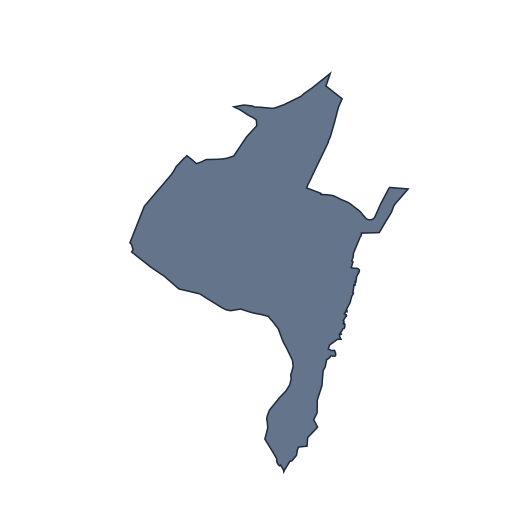 outline of Chanal, Chiapas, Mexico, rotated 108°
{"feature_id": "50627088B97747696398754", "entity_name": "Chanal", "entity_type": "district", "adm_level": 2, "iso_a3": "MEX", "parent_name": "Mexico", "parent_adm1": "Chiapas", "projection": "albers", "projection_center": [-92.197, 16.605], "detail": "fine", "context": "isolated", "style": "filled", "palette": "slate", "viewbox_px": 512, "rotation_deg": 108, "n_neighbors": 0, "source": "geoboundaries", "source_scale": "gbopen_adm2", "svg_char_len": 5016}
<svg xmlns="http://www.w3.org/2000/svg" viewBox="0 0 512 512"><g transform="rotate(108 256 256)"><path d="M86.9,260.7L90.2,262.5L103.6,276.4L109.3,283.7L110.4,285.7L112.2,293.4L112.8,296.3L113.1,297.7L114.8,303.5L114.4,305.6L116.1,314.1L117.2,316.2L121.0,323.1L121.7,317.3L124.6,306.2L125.2,302.7L125.2,302.0L126.5,297.8L131.8,295.5L145.6,301.8L167.8,308.1L171.8,313.6L173.0,315.7L174.4,318.7L176.1,323.0L178.5,329.8L179.3,332.4L179.7,333.1L181.3,335.0L183.1,336.6L186.6,341.2L184.5,345.8L181.9,352.8L183.7,353.5L185.3,354.7L192.6,358.0L193.5,358.5L195.4,359.5L200.2,360.4L203.3,361.3L204.5,361.7L205.5,362.0L233.1,373.4L243.3,377.6L282.4,380.0L283.5,377.9L287.8,375.0L290.6,375.5L290.7,375.4L297.7,356.3L298.9,353.4L303.7,336.7L311.2,319.1L310.6,312.8L309.4,297.6L310.9,292.1L315.6,272.9L316.4,268.1L316.3,266.1L315.8,263.1L312.1,255.9L311.3,254.4L311.2,253.9L311.2,246.4L311.2,245.0L311.2,243.8L310.8,238.9L310.1,233.7L309.7,226.7L309.6,225.6L311.9,222.3L312.6,220.7L318.4,212.3L328.4,204.4L329.6,203.3L330.6,202.3L334.2,198.4L337.8,195.0L338.4,194.4L338.9,193.9L343.8,189.2L349.4,186.6L350.5,186.5L355.4,186.2L358.4,186.3L361.9,184.6L368.1,184.1L374.9,185.8L383.9,190.1L387.2,191.3L391.1,192.8L398.4,195.6L404.3,195.9L407.6,195.5L410.4,194.0L415.9,191.7L427.4,191.0L437.0,179.7L437.9,178.7L440.8,175.4L442.3,173.7L443.3,173.3L444.2,173.2L444.9,172.8L445.7,172.3L446.8,171.3L447.9,169.7L448.3,168.7L447.8,168.3L447.2,168.0L447.8,167.4L451.2,163.6L451.7,163.3L451.9,163.2L452.0,163.2L452.6,162.9L452.0,162.8L451.9,162.8L451.2,162.8L450.5,162.7L449.4,162.4L448.4,162.1L440.7,160.3L439.8,158.6L433.1,155.9L427.3,156.7L425.4,156.6L424.6,156.6L421.1,148.7L413.8,150.5L412.6,150.7L399.8,144.5L393.8,150.5L386.3,149.4L376.7,152.3L375.3,153.0L373.2,153.2L358.9,153.2L344.4,156.7L339.9,155.9L337.7,156.2L337.4,156.2L334.5,156.5L334.1,156.6L333.2,156.7L332.7,156.8L332.6,156.7L331.3,155.5L329.8,154.5L329.5,154.5L329.4,154.5L329.1,154.3L328.8,154.3L328.6,154.3L328.4,154.3L328.1,154.2L327.7,153.7L327.6,153.0L327.5,152.0L326.8,149.9L326.5,149.7L326.3,149.6L326.0,149.6L325.8,149.6L325.6,149.6L325.2,149.7L325.0,149.8L324.8,149.9L324.5,150.0L324.4,150.1L324.1,150.3L323.8,150.4L323.5,150.5L323.2,150.7L322.9,151.0L322.7,151.1L322.6,151.4L322.3,151.7L322.0,151.8L321.9,151.9L321.6,152.0L321.4,152.3L321.6,152.6L321.8,152.8L321.9,153.2L322.2,154.0L322.5,154.6L322.5,155.0L322.5,155.4L322.5,155.6L322.4,155.9L322.3,156.1L322.3,156.4L322.4,156.7L322.2,157.9L322.2,158.1L322.2,158.4L318.1,158.6L310.1,152.8L308.9,149.4L306.4,151.9L305.2,152.1L304.4,151.2L304.3,152.1L303.5,151.4L303.4,152.0L302.4,151.8L302.0,151.6L301.5,151.5L299.6,150.9L298.6,151.1L297.8,150.3L297.8,149.9L296.9,149.6L296.5,149.5L295.6,149.9L294.5,150.0L293.6,150.3L293.6,151.3L292.8,151.2L292.8,152.2L291.8,152.1L290.8,152.1L290.4,153.1L289.4,152.8L288.5,152.6L287.6,152.4L286.6,152.0L285.7,151.6L284.8,151.4L284.7,151.4L284.4,152.3L284.3,152.2L284.0,152.2L283.9,153.2L283.7,154.2L282.6,153.9L281.7,153.6L280.7,153.4L281.0,152.3L280.0,152.4L280.0,153.4L278.8,153.2L277.7,153.2L277.1,153.1L276.8,153.1L275.8,152.9L274.9,152.7L273.9,152.6L272.9,152.4L271.9,152.2L270.9,152.1L269.9,152.2L269.4,152.2L268.9,152.3L268.1,152.3L266.9,152.4L265.9,152.4L264.9,152.6L264.0,152.2L263.0,152.0L262.0,151.9L261.1,151.8L260.9,152.8L260.0,152.8L259.1,152.8L257.2,153.1L256.2,153.3L255.2,153.5L254.3,153.7L253.4,153.9L253.4,152.9L252.4,152.8L251.6,153.3L251.1,153.4L250.6,153.6L249.7,153.9L249.7,152.9L248.9,153.2L247.9,153.3L245.9,153.6L245.1,154.1L244.2,153.8L243.3,153.7L242.3,153.7L241.4,153.3L240.5,153.1L239.7,153.4L239.6,153.1L239.1,153.1L237.8,153.1L237.1,153.7L236.6,154.7L236.4,155.6L236.6,156.4L236.9,157.5L237.3,158.9L237.6,160.1L237.6,161.2L237.5,161.8L231.6,162.0L231.4,163.1L230.1,163.3L228.8,163.4L227.4,163.3L226.3,163.3L225.2,163.6L223.5,164.2L222.5,164.1L206.1,162.8L204.0,162.2L201.7,162.8L195.7,146.1L195.2,145.9L184.7,143.6L172.6,140.7L165.6,140.4L161.6,139.1L159.6,138.1L145.2,132.0L149.5,150.1L151.2,150.6L158.0,151.8L160.8,152.3L167.7,153.5L176.1,154.4L180.7,154.9L183.1,155.2L184.7,156.2L185.5,157.1L186.5,158.9L186.7,161.7L186.7,161.8L186.7,162.2L185.9,163.7L184.2,166.5L183.9,167.0L183.1,168.2L181.7,170.3L181.4,171.2L180.6,172.9L180.6,173.1L180.3,173.9L180.1,174.6L179.9,175.2L179.5,176.3L179.0,177.7L178.3,179.6L178.0,180.5L177.4,181.9L176.9,183.7L176.6,185.2L176.4,186.6L176.1,190.8L176.0,192.2L175.9,193.2L175.9,193.5L175.9,193.8L175.8,194.0L175.7,194.2L175.7,194.4L175.6,194.6L175.6,194.8L175.6,195.0L175.5,195.3L175.4,195.9L175.3,196.4L175.2,197.7L174.9,199.3L174.7,201.0L175.6,206.6L176.8,211.1L177.4,213.4L176.4,213.5L175.9,222.7L175.6,228.9L171.1,228.6L170.1,228.3L165.9,227.7L162.1,227.3L144.3,224.9L132.3,223.3L125.6,222.4L125.3,222.5L124.9,222.5L124.5,222.6L124.1,222.7L123.7,222.6L120.4,222.2L117.3,222.2L112.6,222.4L105.3,222.6L97.1,223.1L88.6,223.6L80.0,222.6L79.5,223.6L76.7,231.2L76.1,232.8L74.7,236.6L72.7,242.0L59.4,241.8L79.3,254.9L79.7,255.2L79.8,255.3L86.9,260.7Z" fill="#64748b" stroke="#1e293b" stroke-width="1.5"/></g></svg>